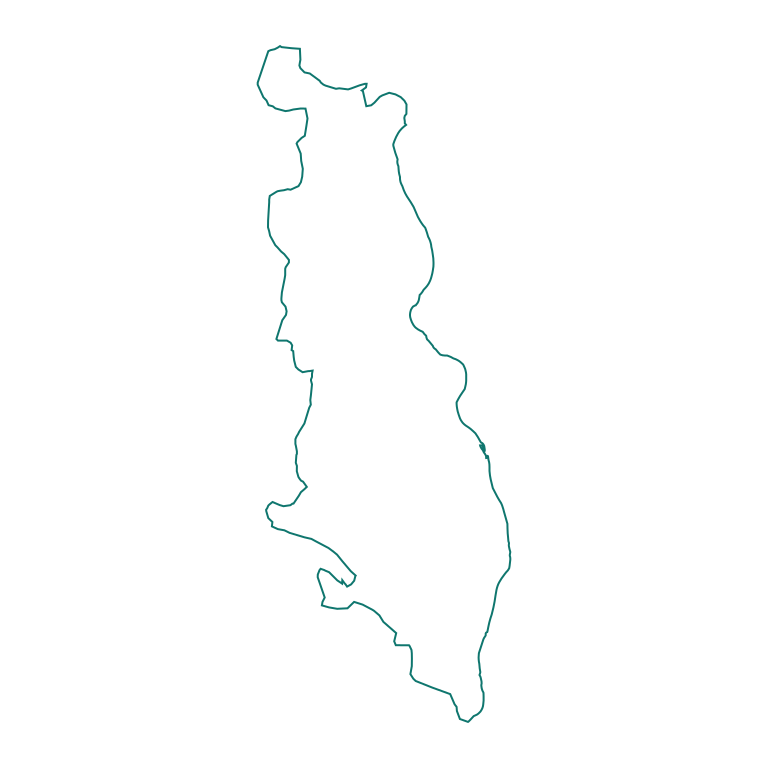 the district of Zifta, Al Gharbiyah, Egypt
{"feature_id": "37247803B22072181231059", "entity_name": "Zifta", "entity_type": "district", "adm_level": 2, "iso_a3": "EGY", "parent_name": "Egypt", "parent_adm1": "Al Gharbiyah", "projection": "orthographic", "projection_center": [31.231, 30.728], "detail": "fine", "context": "isolated", "style": "outline", "palette": "teal", "viewbox_px": 768, "rotation_deg": 0, "n_neighbors": 0, "source": "geoboundaries", "source_scale": "gbopen_adm2", "svg_char_len": 6091}
<svg xmlns="http://www.w3.org/2000/svg" viewBox="0 0 768 768"><path d="M321.9,605.4L329.0,607.4L337.2,608.8L347.5,608.3L354.1,601.9L362.6,604.6L372.1,609.6L373.9,610.7L379.4,615.4L383.4,621.9L396.2,633.1L394.2,641.3L395.8,645.2L409.1,645.3L409.7,646.2L411.5,650.0L411.8,653.2L411.9,658.5L411.8,666.2L410.4,674.1L413.3,678.7L415.7,681.0L432.3,687.6L450.2,694.1L454.6,704.3L456.6,706.9L456.9,711.0L459.9,719.0L468.0,721.9L468.6,721.5L470.5,719.6L473.7,716.1L475.3,715.4L477.0,714.6L478.5,713.5L479.8,712.2L480.5,711.5L481.5,709.9L482.3,708.3L482.9,706.5L483.2,704.7L483.6,700.7L483.6,696.5L483.5,693.1L483.4,692.5L482.4,690.6L481.7,688.3L481.4,686.2L481.3,685.1L481.6,683.7L481.6,682.9L481.5,681.3L480.6,677.3L480.3,676.5L479.5,675.0L479.8,674.1L480.2,672.8L480.3,672.0L479.7,668.3L479.3,663.8L478.9,661.6L478.7,659.6L478.6,657.5L478.7,656.1L478.9,653.2L483.4,639.3L484.2,637.7L485.3,636.1L485.7,635.3L485.7,634.4L485.7,633.5L486.1,632.7L486.7,632.3L487.2,632.1L487.5,631.1L488.4,626.6L489.3,622.5L490.4,618.5L491.7,614.5L493.4,607.6L494.6,601.5L495.5,595.6L496.5,589.8L497.0,587.8L497.6,585.9L498.3,584.1L499.2,582.3L501.5,578.5L504.7,574.1L506.2,572.2L507.6,570.7L508.2,569.9L509.2,568.2L509.6,565.9L510.3,559.7L510.3,558.2L510.1,556.7L509.8,555.9L509.8,554.9L510.3,552.0L509.5,549.1L508.9,546.2L508.8,545.0L508.9,544.4L509.0,543.5L508.9,542.7L508.4,541.2L508.0,536.5L507.7,533.4L507.5,528.6L507.4,523.8L503.9,511.4L503.3,509.1L502.1,505.4L501.1,503.1L499.2,500.1L497.3,496.8L492.8,488.1L490.7,479.4L490.0,475.6L489.8,473.8L489.5,471.0L489.5,469.3L489.5,467.0L489.4,464.3L489.1,462.2L488.5,459.9L488.0,456.2L487.4,455.9L486.8,456.3L487.0,457.1L486.9,457.9L486.2,458.0L486.0,455.7L484.9,453.8L484.0,452.6L483.6,451.9L482.9,450.3L481.7,448.8L481.2,448.0L480.3,446.2L480.1,445.4L482.3,445.3L482.7,446.0L483.2,447.5L483.6,449.2L483.7,450.3L484.1,450.9L484.6,451.0L484.8,450.2L484.6,448.5L484.2,446.0L483.7,444.9L483.4,444.4L482.7,443.5L482.2,443.1L481.0,442.5L480.3,441.4L477.9,437.1L475.4,433.3L473.4,431.4L470.7,429.0L468.7,427.5L465.7,425.5L464.2,424.3L462.7,422.8L462.1,422.0L460.9,420.2L460.0,418.4L458.7,414.7L457.7,411.4L457.2,408.9L456.8,406.4L456.6,403.9L456.6,402.3L458.3,399.0L460.1,395.9L462.1,392.9L464.7,389.1L465.3,386.6L465.8,384.4L466.1,382.1L466.2,380.6L466.2,376.2L466.2,374.4L466.0,372.6L465.6,370.8L465.2,369.1L464.5,367.4L463.5,365.2L463.1,364.5L462.6,364.0L460.5,362.1L459.2,361.1L457.7,360.2L455.7,359.2L453.4,358.4L450.9,357.0L447.9,355.8L447.1,355.5L444.7,355.5L442.7,355.3L440.9,354.8L440.2,354.5L438.3,352.5L435.7,349.3L434.6,348.6L433.7,347.7L433.1,346.7L432.8,345.8L432.1,345.0L428.7,340.9L427.1,339.4L426.4,337.4L426.2,335.9L425.8,335.4L424.5,334.2L423.9,333.4L422.7,331.8L420.3,330.7L418.0,329.4L415.7,327.7L414.7,326.7L413.3,324.8L411.9,322.2L410.9,319.6L410.2,317.2L410.0,315.4L410.0,314.5L410.2,312.7L410.4,311.8L410.9,310.0L411.7,308.4L413.0,306.6L415.0,305.5L415.8,305.3L416.2,304.6L416.7,304.1L417.6,302.9L418.3,301.5L418.8,300.1L419.3,297.4L419.7,294.9L420.7,294.0L422.0,292.4L422.6,291.5L423.6,289.8L425.7,287.6L427.2,285.8L428.8,283.4L430.1,280.7L430.9,278.6L431.4,276.9L432.3,273.4L432.8,270.7L433.4,266.7L433.5,264.1L433.5,262.4L433.3,258.3L432.7,254.0L432.2,250.7L431.3,246.7L431.1,244.8L430.7,243.0L430.2,241.3L429.6,239.7L428.8,238.0L428.2,236.9L426.8,232.2L425.4,228.2L425.1,227.6L423.2,225.4L421.7,223.3L420.2,221.0L418.9,218.7L417.9,216.9L413.8,207.4L413.4,206.6L410.7,202.1L407.0,196.5L405.3,193.5L403.8,190.2L402.3,186.0L401.6,184.7L400.8,182.8L400.5,181.9L400.1,179.9L400.0,178.9L400.0,177.0L399.2,173.9L398.8,171.5L398.6,169.2L398.4,166.2L397.8,164.7L397.4,163.1L397.3,161.5L397.4,160.7L397.6,159.3L396.5,156.2L395.3,152.8L393.4,146.0L393.3,145.1L393.3,144.3L393.5,143.6L394.4,141.0L396.1,137.0L398.2,133.1L399.7,130.9L401.9,128.4L403.9,126.6L406.1,124.9L404.8,123.3L404.8,121.2L404.3,118.0L404.8,115.9L406.4,113.9L406.5,104.4L404.4,100.7L400.7,97.1L395.5,94.4L389.2,92.8L382.3,95.4L379.7,96.9L374.4,102.7L371.2,105.3L366.3,106.2L362.9,91.1L361.8,90.5L366.0,87.4L366.6,83.8L365.0,83.8L359.7,85.3L351.3,88.4L348.1,89.4L339.2,88.3L336.0,88.8L325.5,85.6L323.4,84.6L320.8,82.5L319.8,80.9L309.8,73.5L304.5,72.4L300.4,68.2L299.4,65.5L299.9,62.4L300.4,59.8L299.9,48.8L291.5,48.2L281.5,47.1L280.0,46.1L277.8,47.6L274.7,49.2L270.4,50.2L268.3,51.2L257.7,82.6L257.7,84.7L263.4,97.3L266.5,100.5L268.6,105.2L272.8,106.3L275.4,108.4L285.4,111.1L289.1,110.6L293.3,109.5L300.7,108.5L305.5,108.6L307.5,118.5L306.4,125.9L304.8,135.8L301.6,137.9L297.4,142.1L296.6,143.6L300.7,153.6L301.2,160.9L302.8,168.8L302.2,176.7L300.9,182.2L298.5,186.1L290.6,189.7L287.7,189.2L284.0,190.2L280.3,190.7L277.7,191.2L276.6,191.7L269.8,195.9L269.2,199.5L269.2,202.2L268.1,220.5L268.0,227.3L269.1,231.0L270.1,235.7L275.3,245.2L277.4,247.3L281.1,251.5L284.2,254.1L288.9,259.9L288.9,262.5L285.7,267.2L285.2,268.8L285.2,275.1L284.6,278.8L281.9,292.4L281.4,298.3L281.4,300.2L281.9,302.3L285.5,306.6L286.0,308.7L286.6,311.3L286.0,314.9L282.3,320.2L276.4,339.0L278.0,340.6L286.9,340.6L290.6,342.7L292.2,345.4L291.6,350.1L293.2,351.1L293.7,356.9L294.2,360.6L295.8,366.9L298.4,369.5L302.6,372.2L308.4,371.1L309.4,371.1L312.6,370.6L312.0,373.8L312.0,376.9L311.0,379.5L311.0,380.6L312.0,384.3L310.9,395.3L310.3,400.0L310.8,404.7L309.2,407.8L304.4,423.5L299.1,431.9L298.1,434.0L296.5,436.6L295.4,439.2L295.4,443.9L295.9,446.0L296.9,451.3L296.9,453.9L296.4,454.9L295.8,462.8L296.9,465.9L296.8,471.2L298.4,476.9L299.4,478.5L301.0,480.6L303.1,481.7L306.8,486.9L304.6,489.0L300.9,492.2L298.8,495.8L293.5,503.6L292.5,503.6L290.4,505.2L283.5,506.2L279.8,505.1L272.5,502.0L269.3,504.6L268.3,505.6L267.2,508.2L266.1,509.8L266.3,511.3L268.3,518.1L272.4,522.0L271.9,526.4L277.8,529.1L284.4,530.3L289.7,532.9L304.4,537.3L311.4,538.9L315.8,541.3L328.5,548.0L333.6,551.8L337.1,554.7L342.4,561.3L350.8,571.2L355.7,575.6L355.3,576.2L354.2,580.7L351.1,584.4L347.1,586.6L345.4,584.1L344.8,583.6L342.3,580.2L342.1,583.6L337.3,580.4L329.1,572.2L325.2,570.6L324.4,570.1L320.6,568.8L319.5,570.2L317.8,574.5L317.7,577.2L324.7,597.5L322.5,601.9L321.9,605.4Z" fill="none" stroke="#0f766e" stroke-width="2"/></svg>